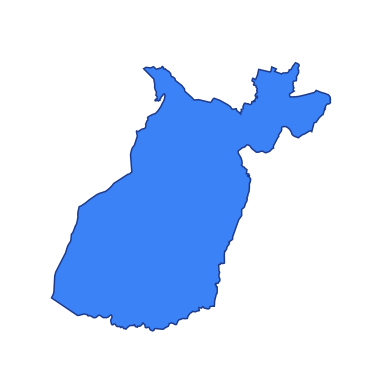 the district of Buon Don, Đắk Lắk, Vietnam, rotated 282°
{"feature_id": "81297802B42534502413482", "entity_name": "Buon Don", "entity_type": "district", "adm_level": 2, "iso_a3": "VNM", "parent_name": "Vietnam", "parent_adm1": "Đắk Lắk", "projection": "orthographic", "projection_center": [107.764, 12.878], "detail": "fine", "context": "isolated", "style": "filled", "palette": "blue", "viewbox_px": 384, "rotation_deg": 282, "n_neighbors": 0, "source": "geoboundaries", "source_scale": "gbopen_adm2", "svg_char_len": 6034}
<svg xmlns="http://www.w3.org/2000/svg" viewBox="0 0 384 384"><g transform="rotate(282 192 192)"><path d="M302.5,119.1L294.6,131.1L289.4,133.2L286.5,133.7L284.5,134.7L282.0,136.6L279.2,136.5L278.1,138.0L276.7,138.5L276.0,138.4L275.3,137.3L274.6,136.9L273.7,136.8L273.5,137.1L274.4,139.1L274.0,140.2L274.6,140.6L275.0,141.6L276.0,141.2L276.9,141.9L278.2,141.9L280.5,143.4L281.3,143.5L282.1,144.3L282.2,144.7L280.7,145.6L277.1,145.7L275.0,145.4L272.0,144.4L269.1,143.8L264.5,141.9L261.4,140.1L259.1,136.6L256.2,133.3L255.3,133.1L253.4,134.0L252.3,133.2L249.9,132.8L248.4,132.6L247.4,133.1L246.1,133.2L244.5,132.7L242.9,129.7L240.0,126.9L240.1,125.1L239.4,125.1L235.4,126.9L226.1,126.0L222.6,124.4L220.0,124.1L215.7,124.1L198.9,129.0L198.2,128.1L196.9,127.4L195.9,125.5L184.0,113.6L181.9,112.7L178.8,110.8L176.2,108.8L174.6,107.3L171.6,102.1L169.9,99.7L162.9,93.1L159.2,90.2L155.3,86.4L154.2,84.7L149.2,84.6L146.4,84.9L144.1,85.6L139.4,85.8L136.4,85.6L134.3,84.9L129.7,84.3L127.4,83.8L125.5,82.8L120.3,83.5L118.4,83.4L114.2,81.9L111.6,81.4L106.2,81.0L85.5,75.4L81.3,75.2L65.4,77.7L63.2,77.6L59.2,76.6L47.5,105.5L47.6,106.5L50.3,111.9L50.1,115.5L49.4,115.7L49.3,116.5L49.9,118.2L48.6,121.8L48.9,123.2L49.2,124.0L52.0,126.3L52.3,127.5L50.7,131.1L51.3,134.6L52.1,135.4L52.3,136.2L54.4,137.5L54.9,138.3L54.4,139.2L53.2,139.7L52.6,139.8L50.3,139.2L49.1,139.3L46.4,140.5L45.6,141.3L45.6,142.2L46.7,143.2L46.9,143.9L46.5,144.7L45.2,145.9L44.9,147.0L45.0,147.9L45.5,149.1L44.6,150.5L45.6,151.6L45.6,152.0L45.3,152.8L44.7,153.0L44.2,153.6L44.5,154.5L44.1,155.9L45.8,156.8L48.4,158.9L49.2,162.2L50.2,163.0L50.2,163.4L48.6,164.5L48.4,166.7L49.6,167.0L49.9,168.9L50.3,169.4L52.1,170.7L53.4,170.9L53.7,171.3L52.0,173.7L49.9,174.4L49.7,174.8L49.8,175.9L50.6,177.0L50.7,177.9L48.6,179.8L48.2,180.8L48.0,182.5L48.8,183.5L50.2,183.7L50.8,184.4L51.6,191.5L52.0,192.7L53.2,193.6L55.9,196.8L58.5,197.1L59.3,198.4L59.6,199.2L59.6,200.6L58.8,203.1L59.2,204.3L62.9,205.1L64.5,206.0L65.1,207.5L66.4,209.2L66.5,210.9L67.3,213.7L70.0,214.0L71.4,214.6L73.1,215.4L73.6,215.9L73.9,216.5L75.3,217.3L75.5,220.2L77.0,222.3L77.2,223.5L77.9,223.8L79.3,222.9L80.4,222.9L80.4,225.4L81.9,226.2L82.1,226.5L81.1,227.9L80.9,231.6L81.1,232.5L82.2,233.5L83.1,233.3L83.7,233.4L84.4,235.2L84.9,237.6L90.4,236.8L97.0,237.0L98.1,237.6L100.6,237.2L104.5,236.3L104.4,235.4L106.1,234.9L106.3,234.0L106.8,234.3L107.5,234.2L108.3,236.6L109.4,236.8L110.8,237.7L112.9,237.3L114.3,236.2L116.4,235.6L119.3,235.7L120.8,234.6L122.3,234.4L126.1,233.2L126.5,233.3L126.5,233.8L127.1,234.2L127.3,234.9L128.4,234.9L128.6,235.8L128.4,236.7L128.9,238.2L129.3,238.5L137.5,236.6L140.8,236.3L140.8,236.7L143.3,237.7L145.6,237.7L149.2,239.3L149.7,239.0L150.1,239.1L150.7,238.4L151.0,239.0L152.3,239.7L153.1,240.8L154.7,241.6L156.0,241.1L157.4,241.2L174.6,243.5L179.2,245.5L185.3,244.2L187.9,246.2L188.9,246.5L190.3,246.4L190.8,246.7L191.8,246.6L194.4,247.5L196.6,247.5L197.0,247.4L197.5,246.7L199.5,247.4L200.5,247.2L204.9,247.7L205.9,247.4L207.8,247.4L209.0,246.8L210.0,247.0L212.0,246.3L213.3,246.9L214.3,246.7L215.3,246.9L216.0,246.5L217.0,246.7L218.5,244.9L220.1,244.7L219.9,244.2L219.0,244.1L219.1,243.1L219.6,243.0L220.8,244.0L221.4,243.8L221.5,242.3L221.2,241.3L225.2,241.2L226.4,238.7L227.2,237.9L227.2,236.6L227.9,236.0L228.6,234.7L229.0,235.0L230.5,235.1L233.0,234.3L235.6,232.8L239.6,229.2L241.1,228.7L242.1,228.9L244.2,230.8L245.4,231.6L247.1,234.4L249.2,235.5L249.7,236.5L249.3,238.9L247.0,241.3L244.3,246.6L244.8,248.8L246.5,251.7L246.5,252.7L245.7,255.3L245.8,256.2L247.9,259.5L250.9,261.4L252.0,262.7L253.7,262.0L263.1,264.6L264.3,265.3L265.8,264.8L269.9,266.6L271.7,266.8L273.3,266.3L274.2,266.5L274.8,267.2L275.5,270.3L274.7,272.6L273.4,274.7L271.1,276.8L269.0,278.0L267.8,280.5L267.2,284.4L267.4,285.2L268.3,285.5L269.6,286.9L270.4,287.4L272.4,290.3L276.2,294.3L276.4,295.4L275.9,296.6L285.0,297.0L286.1,298.9L291.1,301.0L294.4,303.3L295.0,304.1L298.2,304.3L299.5,304.5L300.4,305.0L300.6,304.4L300.9,304.3L301.6,304.5L302.1,305.1L303.0,304.7L303.7,304.8L305.3,305.4L306.2,306.0L306.6,307.6L307.6,308.6L308.7,308.8L309.5,308.3L311.5,308.2L312.0,307.7L312.8,307.7L313.8,307.2L315.4,305.3L316.1,301.2L316.1,299.2L316.5,296.4L317.2,292.3L315.8,291.7L314.6,290.6L310.2,281.9L307.8,276.8L306.5,272.9L305.4,268.2L306.9,267.3L308.2,267.1L312.0,271.0L312.4,270.0L312.8,269.7L313.8,269.6L315.0,270.1L315.8,269.2L316.8,269.2L317.6,268.4L319.4,268.4L320.3,267.9L321.5,268.3L322.6,270.9L325.0,270.7L326.3,270.1L330.7,271.5L333.3,271.0L334.9,269.8L335.7,269.9L337.6,270.5L338.4,270.4L338.9,270.0L339.6,268.6L339.9,266.3L335.6,264.3L334.1,264.0L332.2,263.2L331.7,261.7L330.8,261.8L329.4,261.4L328.4,260.3L327.2,256.0L326.1,255.0L327.1,247.8L329.9,248.9L330.9,244.0L327.2,244.1L326.5,244.0L325.6,243.3L325.8,231.8L319.9,231.7L315.1,230.8L315.9,228.7L315.8,227.7L313.5,227.5L313.1,227.8L312.6,229.3L312.1,230.1L311.4,230.3L310.0,229.8L309.3,230.3L309.4,232.3L308.9,232.7L308.0,232.8L306.7,234.3L304.7,234.2L303.0,235.2L300.9,233.9L299.3,233.7L298.7,234.4L299.2,235.5L299.2,236.1L298.4,236.3L297.5,236.2L297.9,234.9L297.0,235.0L295.8,234.4L293.7,234.7L293.6,234.3L294.2,233.7L293.9,233.3L293.0,233.2L293.1,232.2L292.8,231.8L290.7,231.9L290.1,231.5L289.5,230.3L290.0,228.4L289.5,226.8L289.9,226.4L289.9,225.9L289.9,225.3L289.3,224.7L286.2,224.1L285.8,224.1L285.2,224.6L284.2,224.6L283.6,224.3L283.0,223.0L282.4,223.1L281.4,223.8L280.9,223.8L279.9,222.5L279.3,223.2L278.5,223.4L281.0,218.8L282.7,217.9L281.3,214.6L281.6,213.7L283.5,211.7L284.8,208.8L287.5,199.9L288.3,194.2L288.0,193.7L286.8,193.0L284.0,192.0L283.4,191.3L283.7,179.4L282.4,174.9L284.2,172.5L289.0,164.1L289.4,163.8L291.3,163.2L294.0,160.0L297.4,153.1L297.7,152.6L299.3,151.8L300.4,150.0L300.7,148.0L301.2,147.4L303.3,146.5L305.0,144.5L305.9,141.9L306.9,140.2L306.4,139.0L306.9,138.4L307.9,138.2L308.6,137.1L308.4,136.6L307.6,136.4L306.5,135.6L306.4,134.4L305.8,133.9L305.5,132.9L304.8,132.1L304.7,131.4L306.5,128.5L306.3,127.7L305.2,126.5L304.8,125.5L304.4,121.1L302.5,119.1Z" fill="#3b82f6" stroke="#1e3a8a" stroke-width="1.5"/></g></svg>